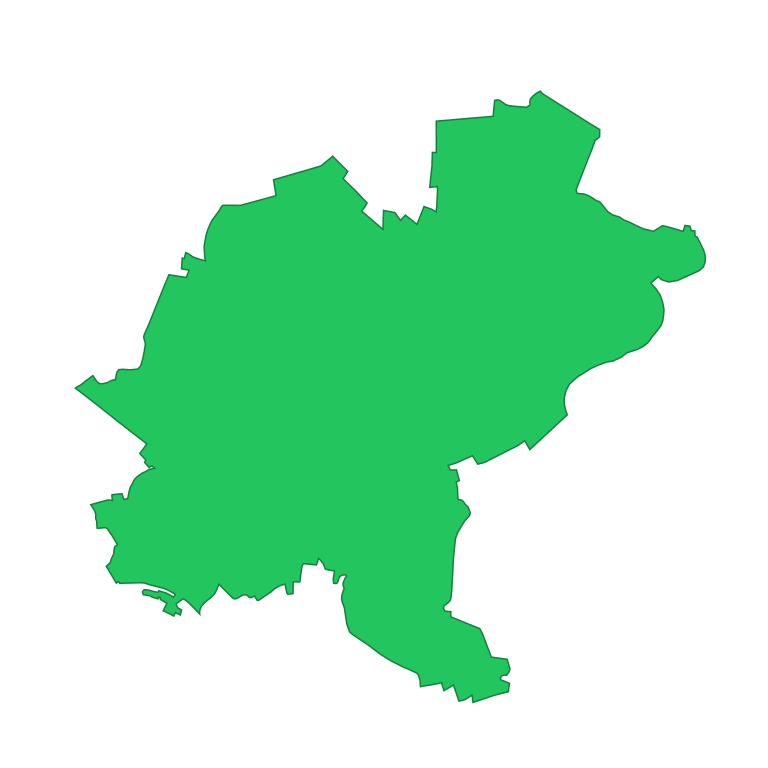 Ha Dong, Ha Noi, Vietnam (Robinson projection), rotated 186°
{"feature_id": "81297802B46977673973725", "entity_name": "Ha Dong", "entity_type": "district", "adm_level": 2, "iso_a3": "VNM", "parent_name": "Vietnam", "parent_adm1": "Ha Noi", "projection": "robinson", "projection_center": [105.762, 20.954], "detail": "fine", "context": "isolated", "style": "filled", "palette": "green", "viewbox_px": 768, "rotation_deg": 186, "n_neighbors": 0, "source": "geoboundaries", "source_scale": "gbopen_adm2", "svg_char_len": 5931}
<svg xmlns="http://www.w3.org/2000/svg" viewBox="0 0 768 768"><g transform="rotate(186 384 384)"><path d="M259.2,691.6L263.0,689.0L265.9,686.0L268.3,682.6L268.5,679.8L267.8,677.0L271.1,674.1L275.1,674.0L287.6,673.8L292.1,674.5L294.7,676.1L296.9,677.3L298.9,678.3L301.7,678.4L303.6,677.6L303.5,663.4L303.5,661.6L322.4,658.0L359.4,650.9L359.5,650.9L356.4,622.0L356.2,619.7L360.1,619.4L359.1,606.3L359.1,584.3L351.8,585.9L351.1,583.4L350.1,566.6L350.2,560.7L354.5,562.6L362.7,564.7L367.9,546.2L380.4,554.2L384.7,548.4L391.1,555.6L402.6,556.6L401.2,537.6L424.3,553.7L421.8,557.7L419.7,562.2L431.3,572.2L446.1,583.9L442.2,591.6L459.0,605.2L459.4,604.5L469.6,594.2L515.2,575.6L511.1,560.0L545.2,546.7L563.0,544.9L564.5,542.8L566.5,538.3L569.0,534.1L571.6,529.7L573.4,525.6L575.4,519.0L576.6,512.5L577.0,506.9L577.3,501.7L576.4,496.9L575.7,492.2L574.5,487.9L580.7,488.8L583.1,489.3L588.0,490.7L591.5,492.8L594.9,494.0L595.8,487.9L597.8,488.1L597.4,477.3L589.9,476.9L590.1,475.4L591.8,469.3L609.3,470.2L612.5,459.6L624.0,419.3L627.2,409.3L628.0,406.1L627.1,403.1L625.9,400.5L625.5,398.4L625.9,390.6L626.5,384.6L627.4,378.9L628.2,376.1L630.4,373.1L637.9,371.6L645.6,371.3L649.3,370.5L650.4,368.5L651.0,367.0L651.3,364.1L651.7,359.8L653.3,359.8L654.8,359.4L659.3,356.4L663.6,354.9L666.0,354.6L667.2,354.8L669.1,355.8L670.2,356.9L674.4,361.9L675.6,360.7L680.4,356.4L681.2,355.7L684.6,352.3L684.9,351.8L685.7,351.3L687.1,350.2L688.2,349.6L690.6,347.6L688.4,346.3L675.8,338.6L673.5,337.2L668.9,334.3L660.1,328.7L653.7,324.7L644.1,318.5L643.6,318.2L643.0,317.8L639.2,315.5L638.7,315.2L638.4,315.0L637.0,314.1L629.0,309.1L622.3,305.0L615.3,300.7L613.5,299.6L619.6,289.4L613.0,283.5L613.9,281.0L611.4,278.7L609.0,276.4L606.4,278.4L603.2,276.2L605.2,275.6L608.7,274.5L612.1,271.9L614.2,270.7L614.9,270.2L615.9,269.5L619.5,266.3L621.6,263.8L622.8,261.7L623.4,260.0L623.7,258.9L625.4,255.0L626.2,250.9L626.9,243.4L630.3,241.9L631.2,243.0L633.1,247.5L642.9,245.5L643.0,244.3L641.9,239.9L646.3,239.8L648.6,239.0L663.0,233.4L658.7,228.0L656.9,223.9L656.8,221.3L656.6,219.8L655.4,217.4L655.2,216.1L654.9,214.3L654.6,212.4L654.2,210.6L652.9,210.7L647.7,211.7L646.5,212.0L644.2,211.4L639.8,206.1L639.3,205.7L632.8,197.0L632.3,196.3L634.5,194.4L635.0,192.8L635.2,189.9L635.0,186.9L636.1,183.8L637.3,180.2L637.3,178.3L641.1,173.6L629.4,158.0L627.3,159.7L626.0,158.1L620.9,158.9L616.7,159.4L605.1,160.9L601.8,161.0L601.0,161.0L596.9,160.0L586.2,158.4L585.2,158.3L582.5,157.9L578.6,156.9L575.2,155.6L572.1,154.2L569.7,153.2L569.9,152.1L570.4,151.2L571.2,150.1L576.1,152.3L578.8,153.4L582.2,154.0L586.2,154.8L586.9,153.3L590.3,153.4L596.4,154.4L600.1,154.5L601.2,154.2L602.0,153.1L602.5,151.9L601.9,150.2L601.1,149.2L600.1,149.3L596.5,148.9L594.3,149.0L593.0,148.0L586.4,146.7L585.4,148.7L584.1,148.2L583.9,146.4L579.0,144.1L577.0,143.4L579.9,135.4L572.0,132.5L568.8,131.2L568.4,132.4L567.6,134.8L562.4,133.0L561.7,137.5L561.7,138.1L565.6,139.9L567.4,142.6L567.5,143.8L566.3,144.9L561.4,149.4L559.1,148.4L555.1,145.8L549.8,141.5L543.2,135.9L543.6,138.5L543.2,141.3L542.2,144.0L540.4,146.7L537.5,150.0L533.9,153.4L531.7,156.0L530.4,158.0L528.8,161.9L527.6,166.4L527.2,167.6L513.0,156.0L511.1,154.7L509.5,154.8L507.8,155.3L502.2,159.5L498.6,159.9L495.7,157.7L494.0,157.6L490.6,159.5L487.4,155.5L485.7,156.0L474.3,165.7L471.7,168.7L467.6,171.8L461.7,174.7L461.0,173.0L459.7,168.7L459.1,167.2L458.3,165.2L457.9,164.9L452.8,165.9L452.5,166.3L452.8,168.5L452.9,170.0L453.1,172.4L453.5,176.2L453.4,177.9L447.3,178.2L446.9,179.0L446.8,188.3L446.3,195.3L445.1,196.9L432.3,197.0L430.8,203.6L429.5,202.8L425.8,199.2L422.9,193.6L413.9,192.9L413.7,192.0L414.0,188.1L414.1,184.9L413.3,180.5L410.8,180.5L410.0,181.0L409.3,182.2L408.7,185.4L407.8,187.9L405.7,189.5L403.2,190.1L401.8,189.9L401.4,189.5L401.4,188.4L402.5,186.5L403.5,183.2L404.0,180.8L403.0,177.9L402.3,176.8L402.4,175.8L403.3,172.6L403.9,168.3L403.6,165.3L402.4,162.1L400.1,157.5L398.6,151.8L396.0,141.7L392.2,133.7L389.4,131.8L382.5,128.1L372.0,122.5L359.1,114.7L348.2,109.4L335.2,104.5L327.5,102.1L326.1,101.6L323.6,100.8L320.8,99.6L319.5,98.4L319.0,97.3L317.2,93.1L316.4,88.2L316.0,86.8L313.3,87.7L306.9,89.4L298.7,91.8L295.5,92.8L292.3,85.3L283.4,91.8L276.3,76.4L270.2,78.7L263.9,83.8L262.2,76.6L242.3,85.7L228.1,91.0L228.1,93.3L228.2,93.6L228.1,95.1L228.0,96.7L227.9,98.5L227.8,99.3L233.1,101.0L236.0,101.7L237.2,102.3L237.4,103.3L237.0,105.0L236.2,106.2L233.8,107.0L231.6,107.2L229.7,110.5L228.9,113.9L230.2,116.8L232.8,123.1L248.7,123.6L259.9,145.8L263.1,150.7L293.3,159.4L293.7,164.5L299.5,164.5L301.3,166.8L301.3,169.4L297.4,173.1L295.4,175.9L295.0,179.7L295.0,184.6L296.7,218.0L296.8,237.6L295.1,244.1L291.6,251.8L289.3,256.5L286.9,259.7L285.2,262.1L284.7,264.9L287.5,270.5L290.5,272.6L292.3,274.9L294.2,276.6L295.7,276.6L298.3,277.0L298.9,280.3L300.0,288.0L301.9,294.1L298.9,295.7L303.0,306.2L309.0,305.3L311.7,309.7L304.3,312.8L288.5,321.9L282.3,314.1L275.8,316.5L244.1,337.0L239.1,341.4L238.2,342.4L232.1,334.0L209.5,359.9L198.5,372.5L200.6,376.9L202.4,382.1L203.3,388.6L202.3,396.2L200.2,401.7L199.2,403.6L195.8,407.5L192.5,411.1L184.8,417.1L180.1,420.9L173.0,425.1L165.1,429.0L158.2,431.0L150.5,435.7L146.0,440.2L143.0,441.6L135.5,444.9L130.6,448.1L126.0,452.4L122.3,458.8L117.8,465.7L114.5,471.4L113.4,475.8L113.1,481.8L113.4,487.8L115.5,494.6L118.7,501.4L123.4,507.0L129.1,512.1L122.4,519.6L119.2,516.8L111.6,515.2L103.0,517.6L82.6,529.5L79.0,533.3L78.7,533.6L77.4,538.7L77.6,544.1L79.9,550.1L83.1,555.4L87.9,562.8L90.1,563.5L90.9,568.8L94.4,568.6L96.3,573.0L101.3,573.1L102.3,567.0L110.0,568.5L119.4,570.1L123.6,570.6L125.3,569.2L132.2,563.9L136.2,564.7L142.2,565.4L148.0,567.3L156.9,570.6L162.7,572.2L167.0,574.6L174.3,576.1L179.5,578.8L188.6,587.9L191.6,588.4L195.4,590.4L200.7,592.9L205.2,593.9L211.8,593.8L213.3,597.2L205.7,625.1L203.5,633.0L201.8,638.9L199.5,648.2L195.4,652.3L196.0,659.5L208.3,665.4L256.8,689.3L259.2,691.6Z" fill="#22c55e" stroke="#15803d" stroke-width="1.5"/></g></svg>